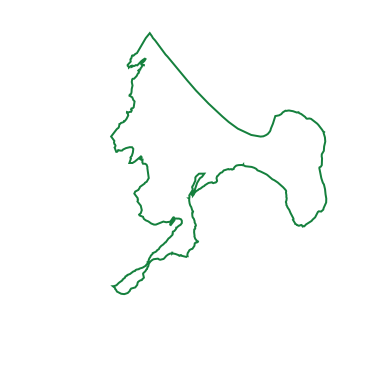 As Salif, Al Hudaydah, Yemen, rotated 211°
{"feature_id": "15242507B64792839712750", "entity_name": "As Salif", "entity_type": "district", "adm_level": 2, "iso_a3": "YEM", "parent_name": "Yemen", "parent_adm1": "Al Hudaydah", "projection": "orthographic", "projection_center": [42.691, 15.273], "detail": "fine", "context": "isolated", "style": "outline", "palette": "green", "viewbox_px": 384, "rotation_deg": 211, "n_neighbors": 0, "source": "geoboundaries", "source_scale": "gbopen_adm2", "svg_char_len": 6070}
<svg xmlns="http://www.w3.org/2000/svg" viewBox="0 0 384 384"><g transform="rotate(211 192 192)"><path d="M310.9,300.1L310.7,282.7L311.7,281.1L312.4,278.7L313.4,278.4L313.6,278.0L312.8,275.0L313.1,274.6L313.0,273.8L311.7,272.2L312.6,267.8L312.2,267.1L310.5,266.6L310.2,266.2L309.6,268.1L308.8,269.1L308.2,268.1L307.5,269.1L307.2,269.9L306.4,270.3L305.4,271.9L304.1,272.4L302.8,278.2L302.0,280.2L301.1,282.0L300.3,282.0L300.3,280.0L300.8,278.1L301.7,276.5L301.2,275.3L298.7,276.1L298.5,275.8L299.8,275.1L299.5,272.7L299.8,271.6L299.4,270.2L300.2,269.8L300.6,268.4L299.3,267.9L299.4,267.5L299.0,266.7L299.4,265.7L299.2,262.9L300.0,259.3L301.2,258.4L301.2,257.6L300.3,255.3L297.8,252.6L296.7,249.2L295.4,246.7L295.0,245.7L294.8,244.1L295.5,243.4L295.2,242.3L292.0,242.4L289.6,240.6L287.9,240.1L285.6,234.5L286.1,233.0L286.9,232.5L286.8,231.4L285.7,230.9L285.5,229.4L286.6,228.6L287.5,227.4L288.9,227.1L288.6,226.4L287.3,226.0L286.1,224.8L285.8,221.0L286.1,218.4L286.8,217.8L286.5,217.1L286.8,216.5L288.4,214.6L288.7,213.3L289.2,212.9L288.2,210.4L288.1,208.9L288.6,208.0L288.9,206.8L289.9,197.9L284.9,195.8L284.3,194.2L283.1,193.1L282.5,193.1L281.4,192.3L281.1,191.1L281.3,190.3L277.6,187.4L277.0,187.8L276.7,188.8L276.8,189.9L274.7,190.6L273.3,191.5L272.9,193.0L271.2,195.6L268.4,198.4L266.4,199.5L264.5,198.7L263.0,195.3L262.2,191.9L262.5,190.6L262.4,189.6L261.6,189.3L260.6,184.6L258.0,186.2L256.7,188.6L254.1,196.2L253.1,195.9L253.0,194.4L253.2,193.5L252.1,193.5L251.8,194.2L251.1,194.4L249.9,191.9L248.6,191.0L246.6,192.1L245.0,192.0L243.1,190.5L242.6,189.5L236.2,181.6L236.1,177.5L237.1,175.6L237.0,174.8L239.2,169.6L239.0,168.3L239.1,166.1L240.9,163.1L240.6,160.9L235.3,158.7L234.7,157.6L234.2,157.4L233.9,155.8L228.9,153.9L225.7,150.6L225.0,147.5L225.7,145.4L224.9,144.9L221.2,145.5L219.5,144.2L217.1,143.9L214.2,144.3L210.7,144.0L207.7,144.5L206.2,145.4L201.3,151.9L198.5,152.8L195.5,155.2L195.2,156.6L195.0,160.4L194.6,160.9L194.0,160.7L193.9,160.1L193.9,158.0L194.3,156.7L194.1,155.6L194.2,153.3L193.9,152.8L193.2,152.8L192.5,158.7L193.0,160.0L192.8,160.6L189.2,162.6L187.3,162.9L185.9,162.1L184.7,160.1L184.9,158.0L185.3,157.2L185.5,157.1L186.6,154.3L186.7,153.2L187.0,153.1L186.8,152.8L186.7,151.6L187.1,149.3L187.9,148.3L187.9,147.7L187.3,146.9L187.3,146.4L186.9,146.1L186.7,145.2L187.6,141.4L188.2,140.1L188.6,135.4L188.9,135.2L189.7,132.0L190.6,130.0L191.1,127.7L191.0,126.0L192.0,123.8L191.9,123.1L192.4,121.9L194.1,119.5L193.9,119.3L194.0,118.3L194.5,116.2L194.3,115.1L194.4,113.4L194.2,111.9L193.6,109.9L194.0,109.0L193.1,108.5L193.7,106.0L193.6,105.1L195.4,101.7L197.7,99.1L197.8,98.5L199.6,96.9L200.2,95.9L200.1,95.2L201.4,93.6L202.9,89.8L204.6,87.7L204.4,87.4L204.5,87.1L205.6,85.2L205.3,84.2L206.4,81.2L206.2,80.4L207.9,76.5L208.7,73.2L210.2,71.3L211.3,70.5L209.2,70.2L208.3,69.9L207.9,69.3L206.5,68.9L205.1,68.0L200.3,68.3L197.6,69.5L196.8,70.3L195.1,72.3L194.4,75.1L194.6,76.4L194.4,77.9L191.5,81.0L191.1,84.2L191.8,86.0L191.9,87.1L191.2,88.9L190.4,90.1L189.9,90.4L189.6,90.9L189.7,91.8L189.3,92.7L189.1,93.8L191.4,96.2L191.9,96.9L191.9,97.5L191.2,100.0L191.2,102.2L190.9,102.7L191.4,104.7L191.2,105.6L192.1,108.4L191.8,111.1L191.2,112.9L190.4,114.5L188.3,116.2L186.9,117.3L185.2,117.3L184.3,117.6L182.0,119.9L181.7,120.6L181.1,124.0L180.2,126.2L178.9,128.1L177.3,129.1L178.2,130.7L177.2,129.0L177.1,129.3L174.5,130.3L170.8,131.0L170.6,130.8L169.8,130.9L169.3,132.0L168.8,132.2L168.6,131.8L163.5,133.4L163.3,134.2L163.6,134.2L162.7,134.7L163.6,135.7L164.2,137.4L164.2,141.0L163.1,142.8L162.4,143.5L162.2,147.1L163.2,149.4L162.7,150.7L162.0,151.0L161.3,152.2L161.4,152.7L162.5,152.6L165.2,153.6L167.1,155.2L167.2,155.7L169.4,158.5L170.8,161.1L170.4,162.0L170.5,162.5L171.5,163.9L171.3,165.1L172.3,166.2L174.0,167.2L174.8,168.4L176.7,170.0L178.3,170.6L179.3,171.6L181.0,174.0L181.2,174.7L180.8,174.7L181.0,175.8L182.6,176.6L184.9,178.7L186.5,179.5L188.1,180.9L190.0,183.2L190.9,184.8L191.5,184.9L191.2,185.1L191.3,185.7L191.9,186.9L192.6,187.7L192.5,193.9L193.1,195.2L194.1,195.8L194.6,196.9L194.4,198.0L195.0,203.4L196.6,206.2L196.5,207.6L195.4,211.3L190.9,214.1L191.2,210.3L192.3,207.8L192.3,202.4L190.6,194.8L190.9,190.3L190.6,189.5L189.6,189.6L189.4,189.3L189.2,190.9L189.4,192.2L188.9,194.8L187.8,196.9L187.6,197.8L186.5,199.3L185.5,202.0L184.6,203.4L184.4,204.5L182.5,208.3L179.9,210.6L179.3,210.4L178.4,210.5L176.9,212.2L176.6,212.3L176.3,213.1L176.2,214.4L178.1,216.5L178.6,218.3L178.1,219.3L178.0,220.6L177.4,223.1L176.3,224.4L175.9,226.8L172.7,230.4L171.9,230.4L170.2,231.8L169.2,231.8L168.9,232.4L168.2,233.0L168.4,233.3L168.3,235.5L167.6,237.5L166.1,238.9L163.4,240.7L162.3,241.1L162.2,241.7L161.9,241.2L160.7,241.6L159.7,241.5L153.8,244.2L151.0,244.8L148.7,244.9L147.1,244.3L143.6,244.9L137.8,245.4L136.3,245.4L129.7,244.3L127.5,244.5L123.4,244.3L116.3,243.0L113.3,242.1L112.1,241.6L111.7,241.2L111.2,240.0L109.3,237.7L108.5,236.2L107.7,235.6L106.7,233.4L106.4,231.8L105.2,230.7L104.2,229.3L102.9,228.7L102.4,228.1L99.5,226.8L96.8,224.8L91.4,221.5L91.0,221.0L91.2,220.2L87.4,218.2L87.1,217.8L85.8,218.0L85.1,217.7L84.5,218.0L83.5,217.9L82.7,218.4L81.4,220.0L80.9,220.1L79.4,219.4L79.0,220.1L78.3,220.2L77.8,221.5L77.6,222.8L74.6,228.8L74.4,230.4L73.4,233.7L73.8,239.7L73.4,240.7L71.2,241.8L70.4,244.5L70.9,246.1L71.6,252.1L73.5,255.5L76.4,258.9L79.4,262.9L82.8,266.4L84.6,267.3L88.2,270.4L95.1,278.0L95.4,278.7L94.6,280.2L94.6,281.9L97.9,287.9L99.1,289.2L100.2,291.2L100.2,295.2L102.2,299.1L103.7,303.8L106.2,307.3L109.7,310.5L109.6,311.4L111.2,311.6L112.4,312.3L118.2,314.6L120.0,315.1L127.6,316.0L129.2,315.5L130.9,314.2L131.7,313.9L133.7,314.6L138.5,315.1L140.8,314.8L141.5,315.2L142.1,315.1L142.4,314.6L143.1,314.1L147.0,313.3L150.9,311.8L153.1,310.0L153.8,309.8L155.2,307.0L155.6,304.7L156.9,302.5L159.7,300.0L157.8,292.2L157.0,286.8L156.6,285.6L156.4,284.1L156.9,280.8L157.9,278.8L159.5,276.5L161.8,274.8L170.6,271.4L185.4,269.9L196.6,270.9L205.0,272.4L223.3,276.3L240.8,281.0L253.6,285.2L282.6,295.4L285.5,296.2L301.6,302.9L304.9,303.9L306.6,304.9L310.0,306.4L310.9,300.1Z" fill="none" stroke="#15803d" stroke-width="2"/></g></svg>